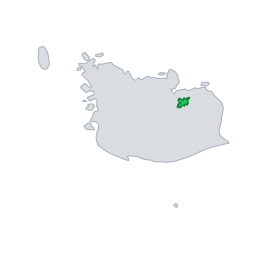 Yongin-si, Gyeonggi, South Korea (highlighted), rotated 100°
{"feature_id": "91817680B86612267469181", "entity_name": "Yongin-si", "entity_type": "district", "adm_level": 2, "iso_a3": "KOR", "parent_name": "South Korea", "parent_adm1": "Gyeonggi", "projection": "equal_earth", "projection_center": [127.213, 37.219], "detail": "fine", "context": "in_parent", "style": "filled", "palette": "green", "viewbox_px": 256, "rotation_deg": 100, "n_neighbors": 0, "source": "geoboundaries", "source_scale": "gbopen_adm2", "svg_char_len": 4117}
<svg xmlns="http://www.w3.org/2000/svg" viewBox="0 0 256 256"><g transform="rotate(100 128 128)"><path d="M76.5,57.1L77.3,56.4L77.4,55.4L77.4,52.1L79.9,49.8L83.4,45.0L85.1,42.5L87.1,40.1L89.3,38.5L91.6,37.7L95.1,37.4L101.8,37.7L103.1,37.4L107.7,37.2L108.8,37.6L112.2,37.9L116.0,37.6L117.9,36.9L119.6,35.7L121.1,33.5L122.7,29.6L124.3,26.5L125.3,25.9L132.3,42.5L138.9,53.2L144.6,61.0L152.7,76.0L155.1,84.0L155.4,89.0L156.8,95.9L155.7,99.8L156.1,106.0L155.6,109.2L154.7,111.6L154.7,116.1L155.0,118.5L155.1,121.8L155.7,123.0L156.6,123.5L158.1,122.3L159.9,121.8L159.6,125.7L157.5,135.5L155.7,142.7L153.2,148.9L150.0,154.6L146.1,156.8L143.3,157.7L138.0,157.9L133.6,157.0L129.9,157.7L128.4,158.9L127.3,160.9L128.1,164.1L128.0,166.4L126.4,166.2L123.2,164.9L119.7,164.7L118.0,164.0L116.3,160.7L114.6,160.8L111.7,162.8L107.1,163.2L105.5,164.3L105.0,165.7L105.7,167.4L107.9,169.7L107.2,172.1L104.8,173.3L102.9,170.4L101.7,167.6L100.3,167.4L98.3,168.2L97.8,171.2L98.8,173.3L100.4,175.7L98.2,178.5L97.6,180.5L96.0,181.9L91.7,178.7L92.3,176.5L94.1,174.3L94.4,172.1L93.8,170.8L87.6,176.4L83.7,182.8L81.7,182.3L80.8,180.7L79.6,180.0L75.5,184.2L74.7,187.4L73.2,187.6L72.6,186.2L72.5,183.2L71.8,180.7L67.6,177.1L65.6,173.9L66.7,172.1L70.2,173.1L73.1,173.0L72.5,171.5L71.6,170.7L73.5,169.9L75.0,168.2L73.7,167.7L71.8,168.7L70.1,168.2L69.5,164.0L67.5,159.8L66.4,155.7L68.4,153.3L69.5,149.6L71.3,144.3L72.2,142.5L74.8,141.3L75.7,139.9L74.3,139.2L72.1,138.6L72.1,137.0L73.7,136.2L75.4,134.5L78.7,132.4L79.7,128.5L78.7,127.6L76.7,126.6L77.2,124.7L78.0,123.2L77.7,122.3L75.3,119.8L73.7,117.5L74.2,114.9L73.8,110.9L74.0,107.6L73.9,105.8L72.8,101.7L72.2,97.7L70.7,98.3L69.4,99.3L65.0,97.8L63.5,97.8L63.0,94.7L64.6,91.0L68.4,87.8L70.6,87.4L72.3,85.9L74.8,85.5L77.9,87.7L80.7,88.1L82.2,92.0L83.1,92.8L83.3,91.4L85.6,89.7L86.1,88.5L85.6,87.8L83.1,87.1L80.8,82.4L80.4,80.3L79.6,79.0L80.9,75.2L78.2,70.9L76.9,69.5L77.1,65.7L75.7,63.2L75.0,61.8L74.5,59.5L74.9,58.5L76.1,58.1L76.5,57.1ZM67.2,229.2L65.9,230.1L64.7,229.6L64.4,229.2L62.9,227.0L62.6,225.8L63.5,223.7L67.6,220.2L77.9,216.8L79.7,216.6L83.8,218.1L84.7,220.8L83.9,223.2L83.0,224.7L78.2,227.4L74.6,228.7L67.2,229.2ZM136.5,169.1L133.8,171.5L130.2,168.3L129.3,166.6L132.1,164.1L134.4,161.2L135.9,161.0L136.5,169.1ZM117.2,168.9L116.9,172.6L114.9,172.8L113.7,170.4L112.4,171.5L111.7,171.6L110.7,168.6L110.5,166.3L112.9,164.5L114.3,165.6L116.4,166.1L117.2,168.9ZM64.7,185.4L62.8,186.0L61.8,184.7L61.1,184.3L61.5,182.6L64.5,179.2L65.1,178.1L67.9,178.8L68.9,180.6L67.6,183.3L64.7,185.4ZM73.3,58.8L73.1,63.7L71.6,63.5L70.5,63.0L70.1,62.0L69.0,57.4L70.2,55.6L72.5,57.1L73.3,58.8ZM63.0,171.7L62.6,172.6L61.3,172.3L60.1,169.7L59.6,167.7L58.3,166.5L60.3,164.7L62.9,168.0L63.0,171.7ZM70.2,105.2L69.8,107.6L67.9,106.0L67.4,100.7L69.4,102.3L70.2,105.2ZM197.2,68.4L196.0,69.5L194.4,68.4L194.2,67.2L195.0,66.2L196.8,65.6L197.7,66.5L197.2,68.4ZM79.6,186.4L80.1,188.2L77.7,187.9L76.5,186.1L76.7,184.7L78.1,184.4L79.6,186.4ZM109.6,176.1L109.3,177.3L107.8,175.5L109.2,173.6L109.6,176.1Z" fill="#d9dde1" stroke="#a8b0b8" stroke-width="1"/><path d="M90.8,73.8L90.1,74.0L89.7,73.9L89.3,73.8L89.0,73.5L88.7,73.1L88.3,72.9L87.8,72.7L87.7,72.7L87.6,72.8L87.4,73.0L87.4,73.4L87.8,73.7L88.0,74.0L88.1,74.4L88.4,74.7L88.5,75.3L88.7,75.5L89.2,75.5L89.5,75.8L89.5,76.2L89.3,76.8L88.9,77.6L88.8,77.8L89.1,78.4L89.6,78.4L90.1,78.2L90.5,78.4L90.9,78.4L91.1,78.7L91.2,79.3L91.3,79.6L91.0,80.0L90.6,80.3L90.5,80.5L90.4,81.0L90.3,81.3L90.3,81.7L90.1,82.1L90.0,82.5L90.2,82.9L90.8,83.2L91.1,83.3L91.5,83.3L92.3,83.3L92.7,82.7L93.0,82.3L93.5,82.0L94.0,81.6L94.0,81.1L94.1,80.7L94.5,80.9L94.6,81.4L95.0,81.8L95.3,82.0L95.3,82.5L95.9,82.5L95.9,82.0L96.3,82.2L96.5,82.8L96.9,82.9L97.0,82.4L97.5,82.5L97.7,82.8L98.2,83.1L98.6,83.1L98.8,82.6L98.6,82.2L98.5,81.9L98.9,81.8L98.9,81.6L99.0,81.0L98.8,80.8L98.8,80.5L98.7,79.8L97.7,79.6L97.5,79.2L97.1,78.9L96.5,78.5L96.4,78.2L96.2,77.7L96.4,76.3L95.0,76.3L94.8,75.8L94.9,75.3L94.9,74.7L94.8,73.7L94.3,73.7L94.1,73.4L93.7,73.1L93.3,73.3L93.2,73.6L93.1,74.0L92.7,74.1L92.3,73.9L92.1,73.6L91.9,73.5L91.4,73.8L90.8,73.9L90.8,73.8Z" fill="#22c55e" stroke="#15803d" stroke-width="1.5"/></g></svg>